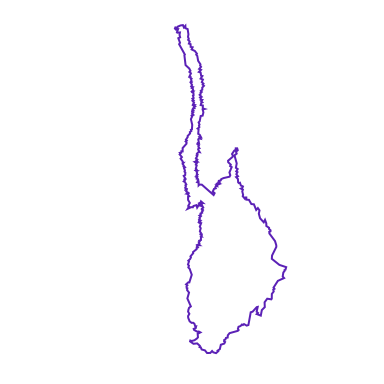 Huatusco, Veracruz, Mexico, rotated 245°
{"feature_id": "50627088B83258114022778", "entity_name": "Huatusco", "entity_type": "district", "adm_level": 2, "iso_a3": "MEX", "parent_name": "Mexico", "parent_adm1": "Veracruz", "projection": "albers", "projection_center": [-96.897, 19.146], "detail": "fine", "context": "isolated", "style": "outline", "palette": "violet", "viewbox_px": 384, "rotation_deg": 245, "n_neighbors": 0, "source": "geoboundaries", "source_scale": "gbopen_adm2", "svg_char_len": 6074}
<svg xmlns="http://www.w3.org/2000/svg" viewBox="0 0 384 384"><g transform="rotate(245 192 192)"><path d="M50.9,202.1L55.5,205.4L56.9,209.3L61.4,211.2L63.5,215.1L61.2,218.5L61.6,219.2L65.9,221.3L67.3,224.0L69.2,224.4L69.4,225.8L70.9,225.5L75.2,232.3L75.1,239.1L77.1,238.5L80.5,240.8L81.2,242.4L82.1,242.8L82.1,243.9L84.1,245.6L89.0,240.4L97.7,236.1L100.6,237.7L106.6,245.2L108.2,245.9L112.4,246.5L121.7,244.6L123.3,245.2L123.2,246.5L124.1,247.0L126.0,246.2L127.0,246.7L129.8,245.0L132.2,246.1L135.9,246.4L134.2,244.2L139.4,242.6L144.1,243.4L146.8,245.4L149.6,244.9L148.6,242.6L154.7,242.9L156.0,240.7L160.8,240.3L162.1,238.0L164.1,238.9L164.5,238.0L163.8,237.0L166.8,236.2L167.7,237.1L171.3,237.8L172.6,239.1L174.4,237.8L174.4,239.3L175.5,240.5L177.3,239.0L180.1,239.4L180.2,238.3L181.2,237.9L184.4,239.1L186.9,238.3L186.9,240.3L189.4,239.7L190.8,241.6L192.0,240.8L193.5,243.1L195.4,242.0L199.0,244.6L207.3,246.0L207.9,248.7L209.9,248.9L210.5,251.1L212.5,251.4L213.1,250.1L211.8,249.4L211.6,247.7L209.5,244.3L207.6,244.4L206.7,243.7L205.1,237.9L203.7,237.4L200.4,238.7L199.4,237.5L197.8,238.5L193.9,234.2L191.0,233.8L190.0,232.5L191.3,226.4L191.3,223.9L190.4,223.0L190.8,221.0L190.1,220.4L189.4,220.9L189.2,219.3L188.6,219.9L188.6,218.4L187.7,219.7L187.8,217.4L186.7,217.3L187.5,216.4L186.4,215.1L185.3,215.1L185.5,213.2L183.6,211.0L181.4,212.0L180.1,210.3L194.5,204.0L195.6,201.9L195.2,200.8L197.8,202.0L198.6,201.0L199.0,202.1L199.6,201.8L200.0,202.7L201.2,202.9L202.1,201.9L203.0,202.8L203.9,202.2L203.9,203.2L204.8,202.9L205.4,204.4L206.3,203.9L207.2,204.7L209.0,204.7L209.0,205.7L210.2,204.4L210.6,205.7L211.7,205.4L214.1,207.5L215.1,207.0L216.0,208.4L217.2,207.7L217.0,209.1L218.0,208.1L217.7,209.7L219.0,209.4L219.2,210.5L220.9,209.8L222.2,211.8L223.3,211.7L223.4,212.8L224.7,212.7L225.5,215.0L224.9,215.8L227.9,215.5L228.8,216.3L228.6,217.2L230.5,217.0L231.2,217.9L233.3,217.1L233.9,217.8L233.0,218.9L237.1,219.9L237.6,221.0L236.7,222.2L238.4,222.0L237.6,223.3L240.5,223.2L242.1,222.2L246.1,224.5L247.1,223.9L247.7,226.1L249.4,226.4L249.9,227.3L252.3,227.4L252.8,228.8L257.2,232.0L256.7,233.9L259.4,236.0L262.2,236.5L261.9,238.5L263.2,237.1L265.8,238.4L267.1,236.6L269.0,238.2L268.9,239.2L270.2,238.7L271.1,240.2L272.0,238.8L273.2,239.6L274.2,239.3L274.2,240.9L276.8,240.0L277.3,241.4L278.5,241.8L278.6,243.1L280.0,242.8L280.4,244.6L282.3,245.4L283.2,247.7L284.8,247.0L285.4,248.2L287.4,247.3L289.3,249.4L291.1,247.7L292.7,250.4L293.6,249.4L296.6,250.3L297.9,249.0L298.9,251.8L300.5,250.5L301.6,253.1L303.2,252.8L304.1,253.6L308.3,253.0L313.1,254.3L314.7,253.9L315.3,254.9L318.6,254.2L321.4,251.9L322.9,253.7L324.1,252.1L326.6,253.2L327.8,251.9L329.3,253.5L331.5,252.8L332.1,253.8L334.2,253.9L336.4,255.4L341.5,256.9L343.2,255.3L345.4,256.2L344.6,254.2L347.1,254.3L347.8,252.0L347.9,248.9L347.0,248.1L348.2,246.5L347.4,245.6L345.9,246.1L345.4,248.1L343.1,245.8L342.6,246.0L341.7,248.5L339.7,247.1L337.2,246.6L337.2,244.6L332.3,244.2L331.4,242.8L319.6,243.6L319.2,242.9L309.7,239.8L305.1,241.7L302.5,241.8L301.9,240.4L300.0,241.2L297.5,238.2L296.7,239.3L295.9,238.8L294.9,239.5L294.2,238.6L292.9,238.5L292.3,237.3L291.6,238.0L291.2,237.1L289.0,237.3L288.0,235.9L286.7,237.2L286.2,235.8L285.4,236.4L283.9,236.1L283.3,234.7L282.6,235.8L282.1,234.5L281.3,235.2L279.1,234.4L279.0,233.6L276.5,233.2L276.4,231.8L274.2,232.2L274.3,231.0L272.1,231.6L271.1,230.1L269.9,231.2L269.9,229.8L268.2,230.9L268.0,229.6L266.9,229.6L267.3,228.3L266.6,227.4L265.3,227.7L265.6,226.6L264.7,225.9L263.6,226.7L262.8,225.1L261.3,225.8L261.2,223.9L260.4,224.1L258.5,221.8L252.8,220.6L248.8,218.4L248.8,217.3L247.5,217.1L247.2,215.4L245.9,215.0L244.6,211.7L243.6,211.3L242.0,208.6L240.8,209.0L240.5,207.6L239.2,208.0L238.1,207.4L235.8,202.1L232.8,200.7L233.4,199.6L232.3,199.0L232.6,197.7L231.8,197.9L231.3,196.7L227.9,197.6L227.1,195.8L223.4,196.5L222.1,195.7L221.9,196.4L221.4,195.4L219.3,195.7L218.4,194.5L218.7,195.5L217.3,196.1L217.1,194.8L214.6,194.7L213.6,193.8L212.5,194.2L210.3,193.0L210.1,191.3L206.6,191.7L206.6,190.5L205.8,190.6L205.1,189.0L204.1,189.8L201.2,190.0L200.9,188.9L199.8,188.9L198.7,187.6L197.8,188.1L196.9,187.2L196.6,188.4L194.9,187.0L193.0,188.2L192.7,186.6L191.9,187.9L191.4,187.1L189.3,187.7L189.3,186.4L186.5,185.1L183.0,185.4L181.0,182.7L180.1,183.2L178.6,180.9L178.6,184.9L177.8,186.3L178.7,187.4L178.2,190.5L175.7,190.1L178.1,193.8L178.8,193.6L178.9,195.5L179.7,196.2L177.5,197.2L178.2,196.0L176.4,195.6L176.9,194.5L176.1,193.7L174.7,195.5L173.1,195.6L172.7,194.0L171.4,194.3L171.5,193.5L170.3,193.7L169.7,192.4L168.9,192.4L168.9,190.6L167.8,190.4L167.5,188.9L166.3,189.8L165.5,187.8L164.7,187.9L164.0,186.8L162.9,187.5L163.0,186.6L162.0,186.7L162.5,186.2L161.9,185.5L161.3,186.6L160.7,185.9L159.9,187.1L157.3,184.4L155.5,184.6L153.0,182.5L151.2,182.8L150.3,181.9L149.5,183.0L148.4,182.4L148.2,181.4L147.5,181.7L147.7,181.2L144.7,179.8L144.8,178.0L143.9,178.0L143.7,176.9L141.9,176.9L141.8,175.4L140.7,176.1L141.5,174.4L140.9,174.5L140.8,173.6L139.3,173.9L139.4,172.6L138.3,172.1L137.1,167.5L136.0,167.2L134.3,163.4L133.2,163.4L132.0,161.9L131.3,159.6L130.3,159.9L128.0,157.7L126.5,158.1L125.2,156.8L123.3,157.4L117.1,156.8L111.2,151.4L111.7,150.5L110.8,147.6L109.4,148.4L108.7,147.1L107.2,146.6L106.7,147.1L105.2,146.1L102.1,146.8L97.5,142.8L88.8,142.6L88.3,140.4L86.7,138.9L85.2,137.9L82.7,138.1L81.2,136.0L79.6,135.4L75.8,135.2L73.6,136.3L72.9,137.9L71.5,138.5L68.5,138.1L68.4,138.9L67.1,137.9L67.2,135.7L66.1,135.6L63.1,137.8L62.7,139.2L61.2,140.3L61.1,137.2L57.8,136.0L57.2,134.8L56.6,131.6L57.1,128.7L58.1,127.7L57.4,127.1L53.8,129.2L52.6,132.7L49.3,134.1L48.2,133.3L47.5,134.3L45.2,134.2L43.0,136.8L39.7,137.6L38.4,140.6L39.4,143.0L37.7,143.5L35.8,145.7L36.6,148.4L37.4,148.2L37.8,150.8L41.4,153.6L41.0,157.2L42.1,158.6L43.2,158.0L44.3,158.7L44.2,159.9L45.4,161.1L45.0,162.8L47.0,163.9L48.2,166.4L46.8,174.8L47.2,175.9L48.5,175.7L50.2,177.2L50.0,179.3L50.8,181.3L49.9,181.9L50.3,183.3L47.8,185.1L47.6,186.9L58.2,194.4L57.9,196.3L60.3,202.0L60.1,203.0L56.2,200.0L54.5,200.7L54.0,199.1L50.9,202.1Z" fill="none" stroke="#5b21b6" stroke-width="2"/></g></svg>